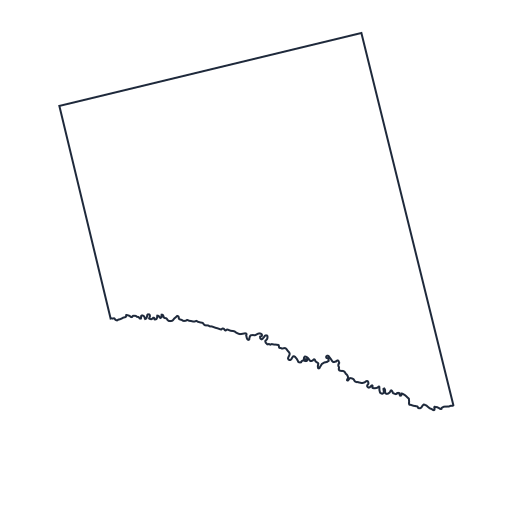 Caleu Caleu, La Pampa, Argentina, rotated 346°
{"feature_id": "61730980B9086176864437", "entity_name": "Caleu Caleu", "entity_type": "district", "adm_level": 2, "iso_a3": "ARG", "parent_name": "Argentina", "parent_adm1": "La Pampa", "projection": "equal_earth", "projection_center": [-63.891, -38.789], "detail": "fine", "context": "isolated", "style": "outline", "palette": "slate", "viewbox_px": 512, "rotation_deg": 346, "n_neighbors": 0, "source": "geoboundaries", "source_scale": "gbopen_adm2", "svg_char_len": 6162}
<svg xmlns="http://www.w3.org/2000/svg" viewBox="0 0 512 512"><g transform="rotate(346 256 256)"><path d="M412.2,65.1L101.5,62.8L99.8,281.4L100.2,281.3L101.6,282.0L103.2,282.1L103.6,282.5L104.0,283.6L104.4,284.1L104.9,284.5L105.6,284.9L107.2,284.4L108.4,284.5L110.5,284.2L112.2,283.7L114.6,283.7L115.2,283.3L115.7,282.4L115.7,282.0L116.1,281.9L117.9,282.9L118.8,283.5L119.9,284.9L120.6,285.2L121.2,285.1L121.7,284.5L122.3,284.3L124.0,284.7L124.9,285.1L125.9,286.3L127.1,286.7L127.4,287.0L127.5,287.2L128.0,288.4L128.4,288.7L129.2,288.8L129.5,288.3L129.7,287.4L130.2,286.3L130.8,286.1L131.2,286.1L132.4,286.9L132.8,287.7L133.1,288.6L133.0,289.4L133.2,290.3L133.8,290.2L134.5,290.0L135.8,288.1L136.1,287.1L136.9,286.5L137.5,286.6L138.3,286.9L138.6,287.5L138.6,288.3L138.4,289.0L137.2,290.7L137.4,291.1L138.4,291.7L139.1,292.0L140.1,291.8L141.3,291.1L141.9,291.2L142.3,291.6L142.2,292.5L142.2,292.9L142.4,293.1L143.2,293.2L144.1,293.1L145.3,291.7L145.6,290.3L145.8,290.0L146.4,290.2L147.3,291.1L147.4,291.5L147.7,291.8L147.9,292.6L148.2,293.0L148.7,292.9L149.5,292.5L149.8,291.8L149.9,290.8L150.2,290.1L150.7,290.2L151.3,290.7L151.5,291.4L151.7,292.4L151.6,293.0L152.1,293.9L153.9,294.8L154.3,295.4L154.6,296.5L155.5,297.8L157.0,298.4L158.7,298.6L159.7,298.3L160.8,297.5L161.5,296.9L163.2,296.1L165.0,295.1L165.5,295.3L166.1,296.0L166.2,296.7L166.0,298.1L166.4,298.8L167.1,299.3L168.2,299.9L168.8,300.4L169.4,301.1L170.4,301.6L172.0,301.8L172.9,301.7L173.6,301.4L174.1,301.6L175.5,302.7L177.3,303.4L179.0,304.3L180.4,304.7L181.0,304.7L181.7,304.6L182.6,304.6L183.6,305.7L185.9,307.0L187.7,307.8L188.2,308.2L188.9,309.8L189.4,310.5L190.0,311.0L192.7,311.8L194.3,313.2L195.9,313.6L196.6,314.0L199.4,315.9L201.1,316.8L203.8,318.6L204.5,318.9L205.5,318.4L206.3,318.3L207.2,318.9L207.9,320.5L208.4,320.9L209.0,320.8L209.7,320.4L210.6,320.5L213.0,322.2L214.3,322.8L215.5,323.2L217.0,324.0L218.0,325.3L219.1,326.3L220.4,327.3L221.3,327.8L222.5,328.1L225.5,328.3L226.8,328.4L227.6,328.8L227.9,329.4L227.8,329.9L227.2,330.9L227.3,331.7L227.2,333.0L227.4,334.4L227.7,335.0L228.1,335.4L228.6,335.6L229.3,335.2L229.7,334.1L230.8,332.3L231.7,331.7L233.7,331.9L235.6,332.6L236.3,332.6L239.0,331.9L240.4,331.9L241.1,332.1L241.8,332.5L242.5,333.2L242.7,334.2L242.1,335.1L240.5,335.2L240.2,336.6L240.5,337.5L241.3,338.2L242.2,338.0L244.3,336.5L245.1,335.7L245.9,335.4L246.6,335.5L247.3,335.7L247.7,336.5L247.6,337.2L247.3,338.2L246.8,339.1L246.0,339.8L244.9,340.4L244.4,340.8L244.4,341.8L244.5,342.6L244.9,343.1L245.5,344.3L246.0,344.6L246.6,344.6L247.2,344.5L247.7,344.9L248.4,345.5L248.8,345.5L249.3,345.3L250.0,345.3L252.1,346.3L253.9,346.8L255.4,347.5L255.8,347.5L256.4,348.0L256.4,348.7L256.3,350.3L256.5,350.8L257.8,351.3L258.8,352.1L259.4,352.2L260.6,352.2L261.7,352.3L262.5,352.9L263.0,353.6L263.8,355.6L264.5,356.9L264.9,357.8L265.0,358.5L265.0,359.0L264.6,360.0L262.8,362.2L262.3,363.1L262.5,364.3L263.2,365.0L264.2,365.2L265.3,364.7L266.6,363.3L267.7,362.4L268.4,362.4L268.9,362.7L269.6,363.4L269.9,364.2L270.6,365.5L271.3,368.0L271.3,368.7L271.7,369.3L272.6,369.8L273.3,370.0L274.1,370.0L274.6,369.3L275.2,369.0L276.0,368.7L276.7,368.8L277.4,369.2L278.3,369.8L279.0,370.0L279.7,370.1L280.4,369.7L280.6,369.0L280.4,368.7L280.2,368.4L279.2,368.1L278.1,368.4L277.6,367.9L277.6,367.4L277.8,366.7L278.2,366.0L279.1,365.4L279.8,365.6L281.0,366.6L281.8,367.7L282.7,369.7L282.8,370.1L283.3,371.0L283.7,371.2L284.7,371.3L286.0,371.0L286.5,370.6L287.1,370.3L287.4,370.3L287.8,370.6L288.1,371.3L288.2,372.4L288.8,373.3L290.2,374.8L290.4,375.4L290.3,375.8L289.6,377.2L289.2,378.5L289.2,379.9L289.4,380.1L289.6,380.2L290.3,380.2L290.5,380.1L291.0,379.4L293.8,376.7L296.7,375.8L297.9,376.0L298.5,375.8L299.0,376.0L299.5,375.9L300.0,375.6L300.9,375.5L301.2,375.1L301.3,374.4L301.3,373.0L301.2,372.6L299.8,372.0L299.6,371.4L299.8,370.6L300.1,370.3L300.9,370.0L301.5,370.1L302.2,370.6L303.9,374.6L304.4,376.3L305.3,377.6L306.5,377.8L307.5,377.6L308.0,377.8L308.9,377.2L310.1,377.1L310.6,377.7L310.9,379.8L310.4,380.6L309.8,380.9L309.3,382.5L309.6,383.8L309.5,384.7L309.0,385.5L308.9,386.5L309.3,387.3L310.9,388.1L312.6,388.6L313.7,389.5L314.0,390.0L314.4,391.2L314.6,392.0L315.2,392.7L315.5,393.3L315.8,394.2L316.0,395.5L315.8,396.6L314.5,398.0L314.3,398.5L314.6,398.9L315.2,399.0L316.4,398.1L317.1,397.3L318.0,397.3L319.5,398.0L320.7,399.0L321.0,399.5L321.3,400.7L321.6,401.5L322.5,402.3L323.3,402.8L324.3,402.9L324.9,403.4L326.8,404.3L327.1,404.5L327.8,404.8L328.6,405.0L330.7,404.9L331.9,404.5L332.7,404.1L333.6,404.2L333.9,404.4L334.2,404.7L334.3,405.1L334.4,405.6L334.3,406.7L334.1,407.1L333.8,407.5L332.8,408.2L332.4,409.0L332.4,409.5L332.8,410.3L333.3,410.9L334.4,411.0L336.7,409.7L337.3,409.6L337.7,410.3L337.2,411.4L337.1,411.6L337.1,411.8L337.2,412.2L338.0,412.7L338.9,412.9L339.3,413.1L341.7,413.2L343.1,412.6L343.7,412.4L344.0,412.9L343.3,416.1L343.3,418.3L343.5,418.9L344.6,419.9L345.2,420.2L346.1,420.0L346.5,419.8L346.9,419.3L347.3,418.2L347.4,416.3L347.6,415.7L348.4,415.6L348.7,416.5L348.8,417.2L348.6,418.2L348.3,419.3L348.4,420.5L349.1,421.2L349.5,421.4L350.8,421.5L352.6,420.8L353.6,419.9L354.1,419.2L354.7,419.1L355.2,419.6L355.6,420.8L355.6,421.6L355.9,422.3L356.9,423.0L358.1,423.8L359.2,423.8L359.8,423.1L360.9,423.2L361.6,423.5L361.8,425.3L362.1,426.4L362.9,426.5L363.5,426.0L363.6,425.3L363.8,424.6L364.4,424.8L365.4,425.6L366.8,427.0L367.9,428.5L368.9,430.2L369.5,430.9L369.8,431.5L369.3,434.6L369.1,435.0L368.8,435.9L368.8,437.2L369.1,437.5L369.5,437.7L370.1,437.8L370.8,438.3L372.2,439.2L372.8,439.5L373.3,439.8L373.9,439.9L374.5,440.2L375.0,440.6L375.6,440.7L376.2,441.1L376.4,441.5L376.5,441.9L376.5,442.2L376.7,442.8L377.3,443.1L378.5,443.4L379.5,443.1L379.9,442.9L381.5,441.4L382.8,440.7L383.7,441.1L384.1,441.6L385.2,442.3L385.9,443.4L387.7,445.8L389.4,447.0L390.7,448.4L391.4,448.6L391.8,448.5L392.0,448.2L392.3,447.5L392.3,446.3L392.5,445.8L392.6,445.6L393.0,445.5L393.4,445.9L395.0,446.4L396.6,447.7L397.5,448.7L397.9,449.0L398.6,449.2L398.9,449.2L399.1,448.7L399.4,448.3L400.8,447.9L401.8,447.7L402.6,447.8L406.8,448.7L408.6,448.4L410.2,448.8L410.7,448.9L411.1,448.7L411.4,448.5L412.2,65.1Z" fill="none" stroke="#1e293b" stroke-width="2"/></g></svg>